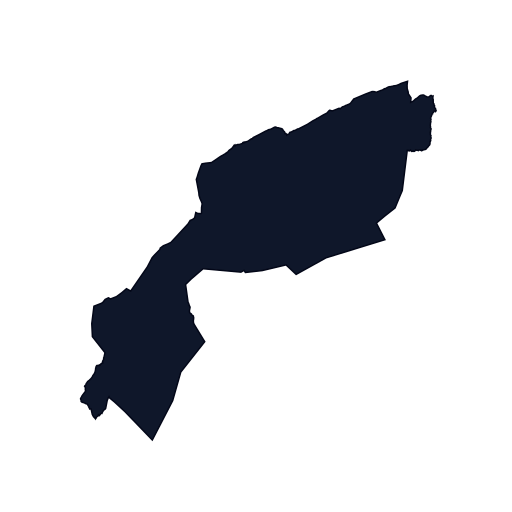 Stor-Elvdal nor, Hedmark, Norway, rotated 281°
{"feature_id": "86288312B62333254933331", "entity_name": "Stor-Elvdal nor", "entity_type": "district", "adm_level": 2, "iso_a3": "NOR", "parent_name": "Norway", "parent_adm1": "Hedmark", "projection": "natural_earth1", "projection_center": [11.012, 61.582], "detail": "fine", "context": "isolated", "style": "filled", "palette": "ink", "viewbox_px": 512, "rotation_deg": 281, "n_neighbors": 0, "source": "geoboundaries", "source_scale": "gbopen_adm2", "svg_char_len": 5953}
<svg xmlns="http://www.w3.org/2000/svg" viewBox="0 0 512 512"><g transform="rotate(281 256 256)"><path d="M428.7,321.9L428.1,321.7L427.2,321.2L424.1,319.7L423.1,318.8L421.8,316.8L421.3,316.1L420.9,315.5L420.8,315.1L419.9,314.3L418.9,312.4L417.6,311.3L416.5,310.5L416.9,309.4L413.3,303.8L413.1,303.4L413.0,302.9L413.0,302.0L413.2,300.6L412.6,300.0L409.8,298.3L407.3,295.1L402.8,290.0L402.5,289.4L401.7,288.8L399.6,286.1L395.1,281.4L388.7,273.2L388.6,272.4L387.9,271.8L387.4,271.1L386.8,270.6L386.4,269.2L384.5,267.1L384.5,266.9L384.1,266.4L384.0,265.8L383.0,265.3L382.4,265.3L382.0,265.1L381.3,263.7L380.6,263.1L381.0,262.9L381.9,262.1L382.0,261.4L381.8,261.2L382.5,260.8L383.2,260.4L384.3,258.8L385.0,258.3L385.6,257.7L385.9,256.9L386.0,255.3L385.9,254.8L386.2,253.9L386.0,252.8L386.0,251.9L386.0,251.5L386.3,251.2L386.3,250.9L386.3,250.3L385.9,249.5L383.5,246.6L382.9,245.5L382.4,244.2L380.9,242.5L380.6,241.8L375.7,235.8L374.1,233.7L373.8,233.3L372.9,232.2L372.1,231.1L371.7,230.6L370.4,230.0L370.2,229.2L369.8,228.7L369.6,228.6L369.1,228.0L367.4,226.5L366.5,225.1L366.2,224.3L365.8,223.7L365.7,223.0L365.6,222.6L365.0,222.0L365.1,221.8L364.9,221.5L364.4,221.8L364.4,222.0L362.4,218.6L362.2,218.1L362.0,216.8L361.1,215.3L360.9,214.8L360.4,214.6L360.8,214.3L360.2,214.1L359.9,213.6L360.3,213.3L360.1,213.2L359.6,213.2L359.4,213.1L359.3,212.9L359.1,212.7L357.8,212.3L356.6,211.2L356.0,210.9L355.3,210.0L354.8,209.8L354.7,209.5L354.4,209.4L354.1,209.1L352.8,208.5L352.6,208.3L351.8,207.8L351.9,207.6L351.4,207.3L351.4,207.1L351.3,206.9L351.0,206.9L346.9,202.1L339.3,194.6L338.6,192.5L337.5,188.9L336.2,185.4L334.1,184.8L326.4,183.6L322.2,183.2L319.8,182.8L307.2,187.8L304.7,188.5L302.0,189.9L298.6,192.3L297.0,193.2L293.2,193.3L287.5,194.3L287.2,194.0L287.0,193.6L286.9,192.3L286.7,190.9L286.7,190.4L287.2,188.6L281.9,188.5L280.5,187.5L279.3,186.1L278.4,184.6L274.6,183.2L253.1,169.9L251.0,167.1L248.4,163.1L245.5,160.5L244.0,160.4L237.6,156.2L234.6,154.4L224.5,151.4L197.7,139.7L199.2,135.1L194.5,131.4L189.5,126.8L186.1,121.4L186.8,119.1L184.6,116.2L181.3,114.5L180.1,113.3L175.8,106.5L158.3,107.7L145.6,110.8L132.3,126.2L127.5,126.1L127.0,125.9L125.7,126.1L125.4,126.0L125.1,126.1L124.7,126.1L124.1,125.7L123.1,125.5L122.7,125.6L122.9,125.7L122.7,125.8L121.8,126.0L121.8,125.9L121.6,125.6L121.6,125.3L121.4,125.2L120.8,124.8L120.6,124.5L120.3,124.4L120.2,124.1L119.8,124.1L119.1,123.8L119.4,123.4L119.2,123.1L118.8,123.1L118.9,122.8L118.7,122.5L118.5,122.4L118.4,121.9L118.5,121.8L118.1,121.1L118.2,120.8L117.9,120.5L117.1,120.2L116.5,120.1L115.9,120.2L115.4,120.0L113.4,120.2L111.1,120.1L108.8,119.4L107.8,118.8L105.6,118.2L103.8,117.2L102.9,116.5L102.2,116.1L100.6,114.6L99.7,114.4L98.5,113.7L97.0,113.6L96.0,112.8L95.4,112.6L94.7,113.4L93.8,113.6L93.3,113.9L92.3,113.9L91.0,114.4L91.0,114.5L90.6,114.4L87.0,112.6L85.2,111.8L84.2,111.6L82.7,111.0L82.2,111.1L81.9,111.2L81.4,111.7L79.9,112.1L79.7,112.4L79.3,113.1L79.3,113.5L79.2,114.0L79.1,115.6L78.6,116.8L78.5,117.9L78.2,119.0L76.9,119.8L76.5,120.7L75.4,120.9L75.1,121.4L74.1,121.9L74.3,122.4L74.2,122.8L74.4,123.0L74.4,123.3L69.3,125.5L67.3,127.1L66.1,128.8L66.6,129.1L66.7,129.3L65.7,129.6L66.2,129.9L67.3,130.1L68.6,131.1L70.2,131.6L70.3,131.8L70.2,131.9L69.6,132.1L69.3,132.4L70.0,132.8L70.2,133.1L70.9,133.4L71.6,133.6L71.7,133.8L71.8,134.0L72.0,134.1L72.4,134.5L72.2,134.8L72.5,134.9L73.0,134.9L75.2,135.7L75.7,136.0L77.0,137.2L77.7,137.5L85.7,137.5L88.5,138.0L89.8,138.5L88.9,139.1L85.8,144.8L78.2,157.1L55.6,189.3L98.1,201.8L127.7,204.3L162.1,222.0L177.1,208.3L177.3,208.2L178.1,207.6L179.1,207.2L180.8,206.8L182.1,206.8L183.6,206.6L184.1,206.3L185.2,205.9L185.5,205.3L185.7,204.4L186.7,203.7L187.7,201.7L188.1,201.5L189.7,201.1L192.8,201.1L193.5,200.9L194.0,200.4L194.6,200.1L194.8,199.8L195.2,199.7L197.0,198.7L197.4,198.2L197.7,198.1L214.6,192.3L221.0,196.7L233.4,206.5L237.3,244.3L239.6,247.0L237.8,248.7L242.9,264.9L253.0,287.2L245.6,298.9L267.6,325.1L296.6,379.4L311.3,367.9L319.7,374.7L329.7,383.3L342.6,385.9L348.1,387.1L388.6,384.3L388.8,385.0L388.7,386.0L388.3,386.2L388.4,386.5L388.8,386.9L389.5,387.3L389.4,387.6L388.8,388.1L388.7,388.6L388.5,388.8L388.8,389.1L388.6,389.3L388.8,389.7L388.7,390.0L389.1,390.3L388.8,391.1L389.2,391.8L390.7,392.6L390.4,393.6L390.7,394.8L390.4,395.2L390.5,395.4L390.8,395.6L391.2,396.1L391.4,396.5L391.2,397.2L391.4,397.7L391.4,397.8L391.0,398.1L390.9,398.5L391.1,398.8L391.6,399.0L391.5,399.3L391.6,399.5L392.2,399.8L392.2,400.2L392.4,400.6L392.7,401.6L393.5,402.6L394.8,403.2L396.0,404.1L397.0,404.4L397.4,404.8L398.1,405.1L398.3,405.3L399.5,405.4L400.9,404.9L401.3,405.3L402.1,405.2L402.5,405.5L403.7,405.1L405.3,405.4L406.2,404.7L406.5,404.7L407.0,404.8L407.5,404.8L408.3,404.0L408.8,404.0L409.2,403.8L410.0,403.8L410.8,403.4L411.2,403.7L412.3,403.5L414.1,403.6L414.6,403.4L415.2,402.7L416.4,402.6L417.7,402.1L418.8,402.1L419.9,401.9L421.1,402.1L422.2,401.6L423.6,401.7L424.0,401.5L424.4,401.1L424.7,401.0L427.4,401.6L428.8,401.6L429.1,401.8L429.2,402.2L429.3,402.2L429.9,402.2L430.4,402.3L431.4,403.1L432.1,403.2L432.4,403.4L432.6,403.9L432.4,404.4L432.1,404.7L433.0,405.1L434.3,404.3L435.2,404.0L435.4,403.3L435.7,403.0L436.2,402.7L437.5,402.7L437.9,402.4L438.1,401.9L439.2,401.7L439.4,401.5L439.8,401.0L440.1,400.8L443.7,400.0L444.0,399.8L444.2,399.5L444.5,399.4L446.5,399.3L446.4,399.2L446.4,398.8L447.0,397.9L447.0,397.1L446.6,396.5L445.7,395.9L445.2,395.4L445.0,395.0L444.8,394.4L444.8,393.2L445.0,393.0L445.3,391.6L445.8,390.5L446.0,389.7L445.9,389.1L445.2,387.1L444.3,386.0L441.9,384.2L440.5,382.6L438.1,380.9L437.5,380.2L436.3,378.5L440.8,378.0L444.4,374.5L446.0,374.1L449.1,372.5L452.6,371.7L456.4,371.4L453.3,365.8L452.7,364.9L451.8,363.9L450.1,361.2L449.2,358.5L448.6,357.5L448.2,356.2L447.8,355.7L447.8,355.1L447.2,353.7L445.5,351.6L445.1,351.3L444.8,350.9L444.8,350.2L443.1,348.5L442.2,346.8L439.7,342.9L439.9,340.9L439.8,339.7L439.6,338.6L436.0,332.8L428.7,321.9Z" fill="#0f172a" stroke="#020617" stroke-width="1.5"/></g></svg>